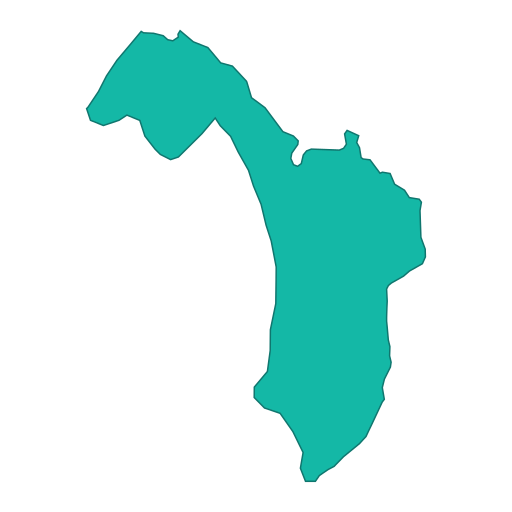 Kosong, Kangwŏn-do, North Korea (Robinson projection)
{"feature_id": "82179303B58420780140205", "entity_name": "Kosong", "entity_type": "district", "adm_level": 2, "iso_a3": "PRK", "parent_name": "North Korea", "parent_adm1": "Kangwŏn-do", "projection": "robinson", "projection_center": [128.195, 38.62], "detail": "fine", "context": "isolated", "style": "filled", "palette": "teal", "viewbox_px": 512, "rotation_deg": 0, "n_neighbors": 0, "source": "geoboundaries", "source_scale": "gbopen_adm2", "svg_char_len": 1726}
<svg xmlns="http://www.w3.org/2000/svg" viewBox="0 0 512 512"><path d="M86.6,108.6L90.5,120.3L103.4,125.5L119.0,120.3L126.9,115.1L139.8,120.4L144.9,136.1L155.1,149.2L160.3,154.4L170.6,159.6L178.4,157.0L188.9,146.6L202.0,133.6L215.2,118.0L220.3,125.8L230.6,136.3L238.2,152.0L248.5,170.3L253.5,186.0L261.1,204.3L266.1,225.2L271.2,240.9L273.7,253.9L276.2,267.0L276.1,280.1L275.8,303.6L270.4,329.7L270.2,350.6L267.4,371.5L254.3,387.1L254.2,397.5L264.5,408.0L280.1,413.3L292.9,431.6L303.1,452.5L300.4,468.2L305.5,481.3L315.4,481.3L319.3,475.6L322.3,473.5L328.0,469.6L333.1,466.9L334.2,466.3L335.5,464.9L343.5,456.7L359.6,443.5L362.4,440.4L366.0,436.5L368.6,430.9L371.5,424.9L382.2,402.1L384.3,399.3L382.3,387.6L383.5,382.7L384.4,379.1L390.4,367.1L391.1,362.2L389.6,355.9L389.6,355.3L389.9,346.6L388.9,342.5L388.3,339.9L387.2,327.3L386.6,321.1L386.6,317.5L386.7,313.7L386.9,307.6L387.2,301.1L386.9,295.1L386.6,289.0L388.4,285.5L391.4,283.0L403.6,276.1L409.5,271.0L422.4,263.7L425.4,256.9L425.2,249.1L420.9,237.3L420.0,210.6L421.4,202.2L419.2,199.2L409.3,197.6L404.5,190.2L394.6,184.2L390.1,173.5L382.4,172.2L380.0,173.2L370.0,159.8L363.1,159.0L361.1,157.6L359.5,147.7L356.7,142.5L358.7,135.7L347.1,130.4L344.6,133.9L346.4,144.2L343.6,148.3L339.3,150.1L311.3,149.1L306.6,150.9L303.4,154.8L303.1,155.8L301.3,163.6L297.6,166.3L293.5,164.7L290.8,158.4L291.8,153.1L297.8,144.5L298.2,140.9L293.4,136.0L282.9,131.7L265.0,107.7L251.5,97.7L246.9,82.3L246.5,81.3L232.4,66.1L220.7,62.9L207.9,47.6L193.3,41.8L180.1,30.7L178.0,34.2L178.3,37.1L172.8,40.8L167.7,39.7L163.2,35.7L153.6,33.3L149.3,33.1L143.5,32.8L141.2,31.4L130.2,44.6L117.0,60.2L106.5,75.9L98.5,91.5L88.0,107.2L86.6,108.6Z" fill="#14b8a6" stroke="#0f766e" stroke-width="1.5"/></svg>